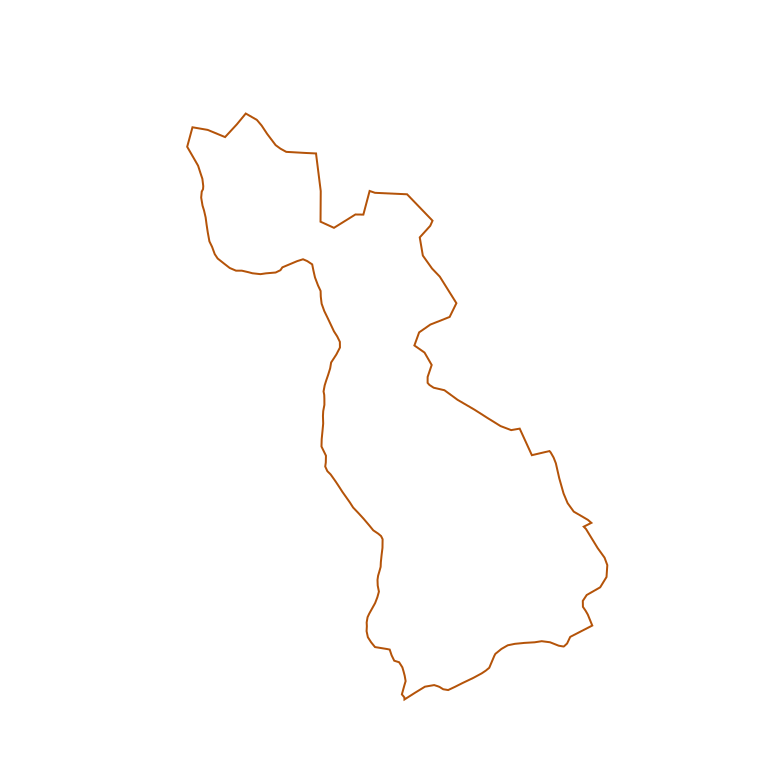 Ipokia, Ogun, Nigeria (Robinson projection), rotated 334°
{"feature_id": "59680162B19485775159758", "entity_name": "Ipokia", "entity_type": "district", "adm_level": 2, "iso_a3": "NGA", "parent_name": "Nigeria", "parent_adm1": "Ogun", "projection": "robinson", "projection_center": [2.781, 6.657], "detail": "fine", "context": "isolated", "style": "outline", "palette": "amber", "viewbox_px": 768, "rotation_deg": 334, "n_neighbors": 0, "source": "geoboundaries", "source_scale": "gbopen_adm2", "svg_char_len": 2798}
<svg xmlns="http://www.w3.org/2000/svg" viewBox="0 0 768 768"><g transform="rotate(334 384 384)"><path d="M424.0,147.0L414.5,141.8L397.9,132.5L394.1,127.1L391.3,121.8L388.6,107.9L387.3,98.0L385.5,90.9L378.3,80.3L365.6,86.1L349.4,92.4L336.9,78.3L324.4,69.3L311.1,84.5L312.6,106.3L311.5,114.0L310.7,120.0L308.3,126.9L306.8,129.5L304.5,131.2L301.4,136.3L299.1,144.1L298.3,149.2L296.7,156.1L294.4,163.0L292.0,170.7L289.6,179.3L289.6,185.4L288.8,193.1L289.5,198.3L293.2,206.0L296.2,212.1L300.7,217.3L306.0,219.9L311.3,224.2L314.3,226.8L321.1,231.1L326.4,232.8L335.5,236.3L340.1,236.3L340.8,236.3L343.8,234.6L359.8,235.5L365.9,236.4L368.9,239.9L371.9,245.0L370.3,251.1L368.7,257.9L367.9,266.5L367.8,272.6L365.5,277.7L363.1,284.6L363.0,285.8L362.3,292.3L362.3,299.2L362.2,307.8L362.1,314.7L362.8,320.8L362.8,326.8L360.4,331.9L354.1,336.6L345.9,341.5L342.5,346.3L337.9,351.2L333.7,355.4L330.1,359.2L326.4,364.2L325.5,367.6L323.9,371.2L321.3,376.6L318.1,380.9L317.5,381.7L315.1,386.0L312.0,392.9L308.1,399.3L303.8,406.3L300.4,412.8L300.4,423.0L297.3,429.0L295.0,432.4L294.9,436.1L294.9,437.6L296.4,441.9L297.1,446.2L297.8,450.5L298.6,456.6L299.3,462.6L300.0,466.9L301.4,475.5L302.1,481.5L304.3,488.4L306.6,496.2L308.8,504.8L310.2,510.8L313.2,516.0L314.7,519.4L314.7,522.9L310.8,530.6L306.9,536.6L303.1,542.7L300.8,546.9L297.7,550.4L294.6,553.8L292.3,557.2L290.0,562.4L288.4,568.4L284.6,572.7L280.0,577.0L270.1,583.9L267.0,586.4L263.9,590.7L262.4,594.2L260.0,598.5L258.5,604.5L259.2,610.5L260.6,616.5L270.5,623.5L272.7,625.2L271.9,631.2L271.9,637.2L275.6,640.7L276.3,646.7L275.6,650.8L274.7,655.3L273.2,660.5L270.1,663.9L266.3,668.2L264.0,670.8L264.9,674.6L264.1,676.5L276.6,675.1L288.1,674.0L297.1,676.6L299.8,679.2L301.1,680.6L303.4,684.3L307.5,687.2L315.1,687.3L323.4,687.2L335.6,687.3L345.0,686.9L349.5,686.3L354.2,685.2L364.2,676.5L365.1,675.9L365.9,675.3L367.0,675.1L373.4,673.6L380.7,673.1L387.7,674.9L394.4,677.4L396.6,678.2L406.2,682.2L413.0,684.3L420.0,688.9L426.3,695.8L430.2,698.6L430.8,698.7L434.8,697.5L440.3,693.1L440.7,692.9L465.3,692.4L466.1,680.6L465.8,676.2L465.1,671.5L467.6,666.1L473.7,662.5L489.2,661.5L499.4,655.0L505.3,644.7L506.1,636.8L504.1,625.1L502.5,608.3L502.0,602.9L501.0,599.8L509.5,599.7L507.7,595.5L498.6,581.9L496.8,571.6L497.4,561.1L500.2,545.5L503.7,530.6L504.2,524.4L503.8,518.5L503.3,516.8L485.7,512.8L486.4,483.6L478.1,481.2L470.3,472.9L462.3,460.2L454.1,446.8L443.2,430.5L435.6,416.1L427.0,409.1L424.4,404.7L423.7,402.1L426.3,396.8L435.2,387.8L434.2,373.5L428.2,362.7L438.2,353.0L451.7,350.9L472.4,352.5L484.5,343.1L481.2,311.9L477.8,301.3L475.2,285.6L480.4,267.9L494.9,262.1L499.2,258.5L487.9,223.6L459.7,208.2L455.7,204.2L439.7,222.7L432.6,219.1L407.5,221.7L398.1,210.3L411.7,182.9L423.5,148.3L424.0,147.0Z" fill="none" stroke="#b45309" stroke-width="2"/></g></svg>